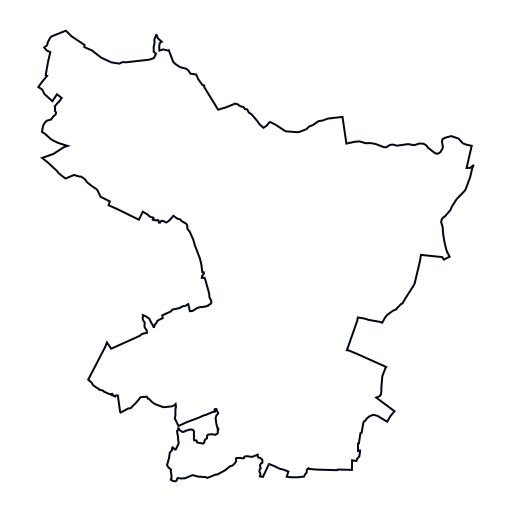 outline of Benesat, Salaj, Romania
{"feature_id": "2599482B99143451479109", "entity_name": "Benesat", "entity_type": "district", "adm_level": 2, "iso_a3": "ROU", "parent_name": "Romania", "parent_adm1": "Salaj", "projection": "mercator", "projection_center": [23.261, 47.406], "detail": "fine", "context": "isolated", "style": "outline", "palette": "ink", "viewbox_px": 512, "rotation_deg": 0, "n_neighbors": 0, "source": "geoboundaries", "source_scale": "gbopen_adm2", "svg_char_len": 6007}
<svg xmlns="http://www.w3.org/2000/svg" viewBox="0 0 512 512"><path d="M120.6,412.6L128.2,408.5L130.7,408.1L136.3,402.5L140.6,397.2L146.8,396.7L147.9,398.7L148.7,398.6L152.1,402.1L154.8,404.0L162.5,406.9L164.5,407.2L172.1,406.3L174.0,405.6L175.6,404.0L176.0,406.5L175.4,409.8L175.4,415.6L174.8,418.4L178.5,426.0L187.4,421.9L199.2,417.5L203.7,415.4L205.3,415.1L213.2,411.8L214.8,411.8L215.1,411.6L214.6,410.3L214.7,409.2L216.4,409.1L216.8,410.4L218.2,413.0L217.8,414.0L216.5,415.2L215.6,417.9L216.2,422.9L217.0,426.5L217.4,427.6L218.3,428.4L218.3,429.5L217.7,429.5L217.8,432.6L217.6,433.5L215.1,434.8L211.6,434.2L207.9,434.7L207.1,435.8L207.1,438.2L205.4,439.4L204.3,441.4L204.3,442.5L203.2,443.6L197.4,442.6L197.0,442.4L197.0,441.8L196.3,440.5L194.3,440.3L194.5,439.7L193.8,439.0L194.1,436.3L193.8,433.5L194.2,432.1L193.1,429.9L190.7,429.4L186.0,430.7L183.6,431.9L182.3,431.9L179.7,430.2L178.9,428.6L178.2,428.5L178.3,429.9L177.1,430.8L177.1,431.3L177.4,434.0L178.0,436.1L178.1,439.1L178.7,443.3L175.9,449.3L175.4,449.6L174.3,449.0L172.9,447.4L172.5,447.4L172.4,448.1L172.1,448.2L172.0,450.3L169.8,452.5L169.1,457.8L167.1,464.9L167.7,466.4L168.9,467.8L171.0,469.6L170.8,471.4L171.5,475.7L171.4,478.7L170.8,479.1L170.8,479.8L173.2,481.1L175.1,481.3L176.2,480.9L177.0,479.8L177.2,478.5L178.3,478.0L180.6,478.5L184.9,478.3L192.6,475.1L198.1,476.6L205.5,477.1L207.4,477.9L215.6,474.6L217.4,474.5L224.7,470.5L230.2,466.2L232.3,465.7L234.2,464.0L236.2,461.3L235.9,458.5L236.4,458.1L240.1,457.9L243.1,458.4L243.9,458.1L244.1,457.1L245.2,456.4L247.0,456.2L252.0,456.9L257.7,454.7L257.7,456.3L258.2,457.3L260.6,458.2L262.2,459.7L262.4,460.7L262.3,462.8L261.2,463.2L260.1,464.9L260.1,466.4L260.7,468.2L260.0,468.8L259.3,471.4L260.5,474.0L259.9,476.4L262.9,476.9L269.0,464.0L274.4,466.1L279.1,468.5L283.9,469.8L288.4,471.6L286.7,476.7L289.7,477.2L297.6,477.3L304.0,476.6L305.1,474.3L306.7,472.5L306.8,470.1L307.4,469.0L308.5,468.3L308.7,468.9L317.1,469.6L334.1,470.1L337.4,470.1L337.9,469.5L351.9,469.9L352.1,460.3L356.4,461.0L357.3,458.6L359.3,456.4L360.1,451.2L359.9,450.4L358.0,451.0L358.0,443.7L358.9,443.4L360.4,433.3L361.6,432.8L363.4,422.5L364.2,421.1L365.1,420.9L367.0,418.3L369.0,416.6L372.8,414.9L373.8,414.9L377.6,415.9L387.1,421.7L390.4,416.2L394.5,411.2L376.2,397.6L379.7,396.1L381.0,394.2L381.4,390.7L381.3,388.5L382.3,376.3L385.4,368.1L386.2,367.0L357.0,353.9L347.8,350.1L346.9,350.2L357.2,320.9L357.8,317.5L363.8,318.4L368.4,319.8L381.1,322.1L381.8,322.8L382.3,322.6L385.1,317.5L387.1,315.0L392.7,310.9L396.4,309.2L397.1,308.0L401.5,303.7L402.5,303.5L405.1,298.8L413.0,286.5L414.6,283.6L419.8,261.7L421.0,254.9L442.2,257.1L443.9,259.6L449.6,256.7L447.1,251.9L446.2,249.3L444.6,242.6L443.2,234.7L442.6,226.8L441.2,222.4L441.4,220.8L441.6,219.6L443.1,217.6L445.1,216.2L450.3,210.2L452.0,206.3L456.7,199.1L464.6,190.9L465.6,189.3L470.1,177.3L472.3,168.1L473.7,165.0L470.3,167.8L466.6,168.0L471.7,145.8L466.4,144.7L462.7,143.2L458.6,138.6L451.3,136.1L445.3,137.7L442.6,139.1L442.1,140.7L442.0,142.1L442.9,146.8L442.7,148.1L440.6,151.9L439.1,153.1L437.4,153.7L435.8,153.5L434.0,152.4L428.0,147.7L426.1,145.1L423.3,143.7L419.4,143.5L414.1,145.2L408.1,144.1L396.9,145.7L393.0,144.6L390.1,144.9L386.1,147.3L384.0,147.2L375.6,144.0L370.7,143.1L365.6,143.2L359.5,141.4L354.7,141.8L346.4,143.6L342.5,116.9L327.9,118.6L322.7,120.5L318.5,121.2L312.6,125.2L309.2,126.5L306.4,129.2L299.7,131.8L297.5,132.2L285.6,131.3L275.4,124.6L270.2,122.0L269.2,122.5L266.6,125.7L263.5,127.8L259.8,124.6L257.4,121.2L251.7,114.4L248.8,112.5L247.3,109.5L244.8,109.0L243.4,106.9L241.1,106.5L239.0,105.5L238.3,104.6L235.2,103.6L225.9,107.4L218.1,109.7L204.3,87.2L204.2,85.5L202.5,85.1L198.1,79.0L196.2,74.5L190.5,73.7L188.4,70.5L186.1,68.7L180.4,67.3L175.6,64.2L173.2,61.9L168.8,50.2L167.5,50.5L163.1,49.4L159.4,50.6L159.2,46.1L159.7,43.4L160.7,42.2L161.7,41.8L157.8,38.2L156.7,35.1L156.2,34.9L154.3,39.8L154.6,42.9L153.7,46.6L153.7,51.8L156.0,53.6L153.9,58.1L149.1,59.7L126.0,62.3L122.5,62.1L119.4,63.6L111.4,62.4L101.1,57.6L91.9,50.4L84.3,47.1L84.6,45.0L71.8,36.5L65.8,30.7L51.3,36.5L49.8,38.4L47.6,42.7L47.2,45.2L44.2,47.4L45.9,49.7L47.2,50.8L50.3,52.1L48.0,62.0L45.7,75.1L47.1,75.8L41.5,82.6L38.3,87.1L42.0,89.3L44.5,94.1L52.4,101.2L57.0,94.3L61.7,98.0L59.7,100.8L54.7,106.3L55.1,107.4L54.9,111.0L56.1,112.4L56.0,113.3L55.4,114.9L53.9,115.8L51.1,119.5L46.6,120.8L45.0,122.5L43.4,125.1L42.5,128.5L42.1,132.0L45.2,134.0L50.7,139.0L53.5,140.7L58.1,142.9L67.6,145.9L63.7,147.2L53.5,153.9L42.1,157.9L48.1,162.7L56.9,170.9L58.7,173.2L65.1,178.3L65.6,178.5L73.9,175.0L79.7,176.6L81.1,176.6L84.9,179.2L86.8,182.0L91.7,186.0L96.2,188.9L97.4,190.2L100.6,196.8L109.8,201.4L108.6,205.3L117.1,209.0L138.9,219.7L142.8,211.7L147.5,214.5L149.6,216.5L153.4,217.7L153.6,218.3L152.7,219.4L153.0,219.9L156.6,220.4L157.3,220.0L158.2,220.3L158.7,220.9L158.8,222.4L159.0,222.7L160.3,222.5L161.2,220.9L161.7,220.8L164.1,221.3L165.3,222.2L166.4,222.5L169.5,220.3L173.4,215.8L177.6,218.8L180.0,219.3L181.5,221.0L186.2,223.7L187.1,225.0L187.5,229.0L189.8,231.8L193.3,239.8L194.8,245.1L199.8,258.2L201.3,264.2L202.3,272.1L203.5,272.1L204.0,273.3L202.0,276.2L201.8,277.9L204.5,277.8L205.5,280.4L209.2,293.7L209.4,296.8L209.8,298.1L211.1,300.3L211.4,302.6L211.1,303.1L210.5,304.0L208.4,305.0L208.0,305.9L202.2,307.1L200.3,307.0L196.9,308.2L192.6,310.9L189.9,311.2L188.3,304.1L185.1,306.0L182.9,306.2L179.1,308.2L172.3,309.6L170.9,311.4L162.2,315.4L162.7,318.2L159.2,319.7L157.2,321.1L156.3,323.1L155.2,324.1L154.0,327.1L153.5,327.0L152.9,325.3L151.2,322.8L149.6,319.2L148.8,318.3L145.9,316.4L142.9,315.1L143.1,316.5L142.6,317.6L142.9,319.7L144.6,322.5L144.7,324.2L144.4,325.3L144.7,327.4L146.7,330.4L146.9,332.9L143.8,333.4L141.3,334.4L140.3,335.5L138.3,336.5L111.2,348.7L106.9,342.5L105.3,346.7L88.2,379.7L91.3,382.3L93.3,385.4L97.7,388.4L98.3,388.5L99.3,389.7L102.7,390.5L104.1,391.7L108.2,393.6L110.9,394.4L112.0,393.8L113.0,395.0L112.4,395.3L115.1,396.5L115.3,395.6L117.8,395.4L120.1,411.8L120.6,412.6Z" fill="none" stroke="#020617" stroke-width="2"/></svg>